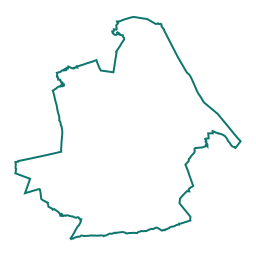 outline of San Matías Tlalancaleca, Puebla, Mexico
{"feature_id": "50627088B22492462361378", "entity_name": "San Matías Tlalancaleca", "entity_type": "district", "adm_level": 2, "iso_a3": "MEX", "parent_name": "Mexico", "parent_adm1": "Puebla", "projection": "albers", "projection_center": [-98.505, 19.351], "detail": "fine", "context": "isolated", "style": "outline", "palette": "teal", "viewbox_px": 256, "rotation_deg": 0, "n_neighbors": 0, "source": "geoboundaries", "source_scale": "gbopen_adm2", "svg_char_len": 5620}
<svg xmlns="http://www.w3.org/2000/svg" viewBox="0 0 256 256"><path d="M163.8,29.1L163.4,29.0L163.1,28.5L162.3,27.2L161.8,26.7L161.4,25.9L161.6,25.1L161.4,24.5L161.2,24.1L160.7,23.8L159.6,24.0L158.4,23.9L158.0,23.4L157.6,23.7L156.8,23.8L155.9,24.0L151.1,21.3L150.4,20.8L149.3,20.3L147.5,19.2L144.8,18.6L143.8,18.6L141.4,18.1L140.8,18.1L140.2,18.0L135.7,17.2L133.3,17.0L132.2,17.2L129.7,17.8L125.6,19.1L124.2,19.5L123.1,19.9L122.2,20.2L120.9,20.9L120.1,21.1L119.6,21.3L119.1,21.3L117.7,21.5L116.9,21.5L117.0,21.8L118.0,22.2L118.3,22.5L118.2,23.0L117.9,23.3L117.4,23.9L117.3,24.3L116.6,24.6L116.3,25.4L116.4,27.3L116.6,28.2L116.7,28.7L116.7,29.2L116.3,29.7L113.8,29.3L113.6,31.4L112.3,31.5L112.6,32.3L112.5,32.6L112.9,33.3L113.3,33.6L114.2,34.5L114.9,34.8L116.1,34.9L117.1,34.2L118.3,34.2L118.5,33.7L117.1,32.7L117.5,32.3L119.4,33.5L120.2,34.7L120.2,34.9L122.9,35.4L122.8,36.5L123.9,37.8L124.1,39.5L122.3,42.2L121.4,43.6L121.0,44.2L120.3,45.6L119.1,47.3L117.9,49.2L116.4,51.4L116.7,51.4L116.0,56.1L115.6,58.2L114.5,65.3L114.3,67.2L114.2,67.4L113.4,72.3L100.8,70.5L99.3,67.8L97.3,62.7L96.4,60.1L91.8,61.8L87.5,63.1L83.2,64.6L78.3,66.1L77.0,66.2L77.3,67.4L76.2,67.0L75.6,67.3L75.6,67.6L74.9,67.6L74.6,67.9L73.8,67.8L73.5,68.5L72.2,68.2L71.3,68.0L69.6,67.1L68.3,66.5L67.9,68.3L67.4,68.0L66.7,67.9L66.7,68.2L65.1,69.0L65.5,69.6L66.5,70.0L66.9,70.5L66.3,70.2L65.9,70.2L63.9,69.9L63.7,70.5L62.7,70.1L61.7,70.8L60.3,71.9L56.9,72.8L57.2,73.4L57.0,76.8L57.7,76.9L58.2,79.7L60.1,79.7L60.1,80.3L60.3,80.3L60.8,81.3L61.1,82.1L61.5,82.6L61.5,82.1L62.0,82.3L61.7,83.7L63.0,83.5L63.2,83.9L64.0,84.3L63.9,85.5L63.6,85.5L62.6,86.3L62.3,86.2L61.9,86.1L61.8,85.9L61.6,85.9L61.0,85.6L60.6,85.7L60.6,85.8L60.8,86.3L60.7,86.5L58.8,86.6L58.2,86.8L57.4,87.3L56.7,88.1L56.3,88.3L55.8,88.8L54.9,89.2L53.9,90.1L53.5,90.3L52.8,90.5L53.1,91.3L53.5,93.1L54.4,96.0L54.5,97.1L54.9,98.9L55.4,100.9L56.8,105.8L56.9,107.3L57.5,109.8L57.4,109.9L57.8,111.6L58.2,113.3L59.3,116.9L59.2,117.3L59.3,117.7L59.2,118.5L59.4,119.4L59.3,120.0L59.3,120.5L59.6,120.8L60.0,121.5L60.2,121.8L60.5,122.6L60.9,125.2L61.3,125.9L61.4,126.5L61.6,126.7L62.2,130.7L62.3,131.4L62.2,134.8L61.5,142.4L61.4,145.1L61.1,149.5L61.2,151.8L60.0,152.0L58.8,152.3L51.9,153.9L51.7,153.9L49.4,154.4L49.3,154.5L47.0,155.0L42.3,156.0L41.0,156.3L32.8,158.0L32.6,158.1L23.0,160.1L19.3,160.8L18.1,161.1L18.0,161.7L15.4,162.1L15.8,164.3L15.6,167.1L15.6,168.4L16.1,168.8L15.6,172.6L15.4,173.3L30.1,178.8L29.1,181.6L28.7,182.8L25.0,193.2L27.9,192.3L30.2,191.7L32.5,190.9L34.8,190.3L38.2,189.3L39.6,189.1L39.8,189.3L40.6,193.0L40.8,195.4L41.3,199.0L42.8,200.2L45.1,201.3L45.4,201.7L46.5,202.1L47.9,202.8L47.6,203.4L48.1,204.6L48.5,206.8L52.4,208.8L52.7,209.7L54.3,209.1L56.1,210.5L56.8,210.9L58.4,212.0L59.9,213.9L61.4,213.8L62.5,214.9L59.4,215.6L62.6,216.0L63.7,215.9L64.4,215.5L65.6,215.4L65.7,215.7L67.8,215.3L69.7,216.0L72.1,216.5L72.8,216.4L74.0,217.2L76.1,217.8L77.4,217.2L78.7,217.5L79.1,218.4L79.9,218.6L80.3,219.9L81.2,219.6L81.1,220.0L80.5,222.4L78.8,225.5L77.7,226.4L75.3,230.5L74.2,232.7L71.5,237.1L70.6,238.4L70.9,238.7L71.1,239.0L71.6,238.7L73.5,238.5L74.1,237.8L75.2,237.5L76.6,237.1L77.5,236.7L78.1,236.6L79.0,236.8L79.4,236.7L80.0,236.5L80.2,236.4L80.6,236.0L80.8,235.8L81.4,235.5L82.4,235.6L83.8,236.0L84.4,236.0L86.0,235.9L88.3,235.9L90.0,235.5L93.9,235.6L94.4,235.5L95.2,235.5L95.9,235.7L97.8,235.7L100.7,235.4L102.0,235.5L103.6,235.7L103.9,236.1L104.4,235.7L106.1,235.4L109.7,233.6L111.8,233.8L114.8,232.7L114.9,232.9L115.9,233.0L117.0,232.7L122.7,232.0L123.8,232.3L124.9,232.5L125.5,232.8L126.0,233.3L127.2,233.4L128.3,233.2L129.0,233.0L130.3,233.0L134.0,232.8L137.1,233.1L138.3,232.0L140.2,231.5L141.2,231.0L142.9,231.2L146.3,231.0L147.2,230.6L147.8,230.4L148.4,229.9L149.0,229.6L149.9,229.5L150.2,229.3L150.4,229.2L150.7,229.1L151.3,228.9L152.1,228.9L152.7,229.1L153.1,229.1L153.7,228.8L155.1,228.0L155.6,227.8L156.3,227.7L157.2,227.8L157.6,227.9L160.0,229.4L161.4,230.4L161.9,230.6L162.0,230.6L162.3,230.5L163.0,230.3L163.3,230.1L163.8,230.1L163.7,230.0L165.0,229.7L167.2,229.0L168.2,228.5L169.0,228.2L169.6,227.4L171.9,226.6L173.1,226.5L174.1,226.3L175.3,225.7L176.6,224.9L178.6,224.5L179.1,224.6L179.1,223.7L180.5,223.6L181.3,223.4L190.3,220.5L190.2,220.3L190.4,216.7L181.7,206.0L179.8,203.7L179.5,202.7L179.6,201.8L179.8,200.9L180.0,198.6L182.5,195.8L182.8,195.4L184.4,193.7L185.4,192.7L186.9,191.2L189.3,191.4L188.6,189.4L189.5,188.3L193.2,186.0L191.8,182.1L190.6,178.7L189.5,175.7L188.7,173.4L188.2,171.5L186.8,168.1L185.4,164.6L188.6,161.2L188.7,160.4L188.7,159.8L188.8,159.4L188.9,159.0L189.2,158.6L189.6,158.3L190.4,157.2L191.6,155.5L194.2,152.8L194.7,151.1L194.5,148.8L194.7,148.5L195.5,147.9L196.3,148.1L196.9,148.0L198.7,147.7L200.6,147.6L201.7,147.5L203.1,147.2L203.7,147.0L204.7,146.5L206.4,146.2L205.9,144.7L206.1,144.4L206.5,144.5L207.4,145.9L207.4,144.5L207.2,144.0L207.0,143.7L205.6,141.8L206.4,141.0L205.1,139.0L205.3,138.8L206.3,138.6L208.7,138.3L208.2,133.3L210.4,133.3L211.5,133.3L212.7,133.3L212.6,131.1L213.6,131.4L214.0,131.9L214.5,131.9L215.1,132.1L216.2,132.7L217.5,133.2L218.6,133.3L219.0,133.7L219.4,133.6L219.9,133.9L220.5,133.9L222.2,134.5L224.2,135.6L225.2,136.4L226.6,138.2L227.2,139.1L227.9,140.7L229.4,142.5L230.6,144.3L231.7,145.9L232.7,146.6L233.7,146.9L234.3,147.0L234.9,147.4L235.3,148.0L235.6,147.8L240.6,141.3L239.7,140.2L238.3,138.8L233.6,133.3L230.2,129.0L223.5,120.9L220.5,117.3L217.8,114.0L203.8,102.3L200.5,96.7L199.7,95.6L198.2,93.3L196.6,90.4L196.2,89.1L193.5,83.0L192.2,80.0L190.3,76.2L189.2,74.5L188.0,73.6L186.9,72.5L186.5,72.0L177.9,57.2L164.2,30.6L164.1,29.6L163.8,29.1Z" fill="none" stroke="#0f766e" stroke-width="2"/></svg>